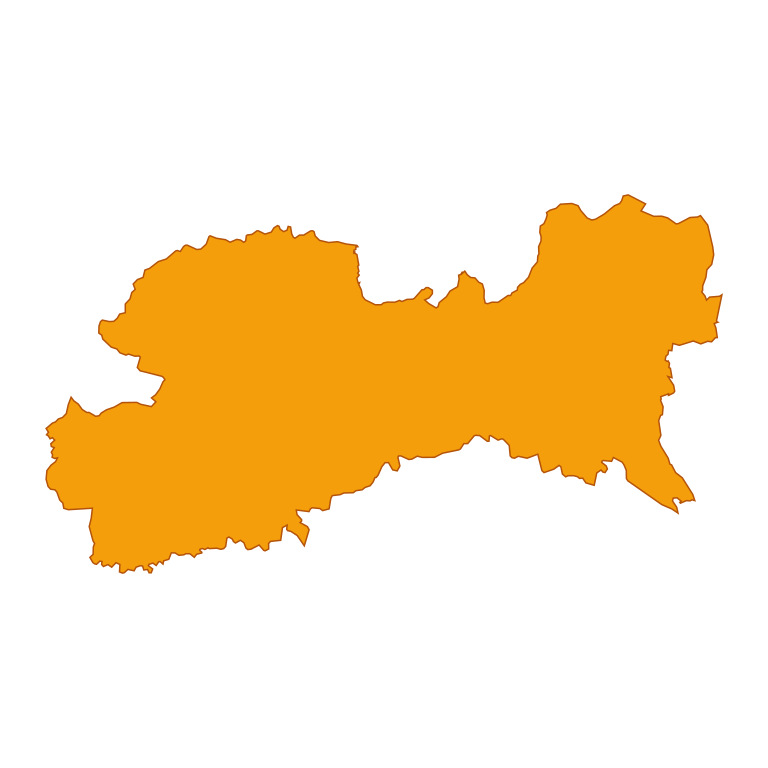 Calnali, Hidalgo, Mexico (Albers equal-area conic projection)
{"feature_id": "50627088B12242639821248", "entity_name": "Calnali", "entity_type": "district", "adm_level": 2, "iso_a3": "MEX", "parent_name": "Mexico", "parent_adm1": "Hidalgo", "projection": "albers", "projection_center": [-98.548, 20.904], "detail": "fine", "context": "isolated", "style": "filled", "palette": "amber", "viewbox_px": 768, "rotation_deg": 0, "n_neighbors": 0, "source": "geoboundaries", "source_scale": "gbopen_adm2", "svg_char_len": 6077}
<svg xmlns="http://www.w3.org/2000/svg" viewBox="0 0 768 768"><path d="M678.0,513.1L676.7,507.2L672.5,501.0L673.2,498.1L677.0,497.8L680.9,500.9L681.1,501.6L679.8,502.3L680.4,503.2L686.5,500.6L690.0,500.9L692.0,499.8L694.8,500.6L692.8,494.5L682.3,477.8L675.6,472.6L671.6,464.9L669.9,464.1L668.2,458.2L660.9,446.3L658.6,440.3L660.9,435.4L658.7,420.6L660.6,415.4L662.4,414.7L663.1,406.8L660.5,400.1L661.2,399.1L660.7,396.7L668.6,393.8L668.5,395.4L669.1,395.2L673.6,392.9L674.7,391.2L673.6,385.2L667.9,376.5L672.0,377.7L670.4,368.3L668.9,367.5L669.5,363.4L668.1,360.9L667.0,361.4L665.2,360.1L665.9,356.2L668.0,354.3L668.6,350.3L671.8,350.7L672.8,343.5L679.4,345.3L693.3,341.0L700.8,343.9L707.7,341.3L711.6,341.8L715.4,337.7L717.3,337.6L715.9,328.0L714.2,323.5L717.9,322.2L716.7,321.6L716.6,320.3L721.9,294.8L719.4,296.3L709.6,297.1L706.5,300.1L705.0,296.0L701.7,291.9L702.6,290.6L702.7,285.9L705.9,277.4L706.9,269.7L711.7,264.4L713.7,254.8L712.7,246.7L707.7,225.1L700.5,215.6L697.5,217.0L690.0,217.5L678.6,223.5L676.1,223.9L667.7,217.9L661.8,216.2L653.7,216.3L641.0,210.9L645.6,203.9L628.2,194.9L623.2,196.0L621.7,200.7L619.7,203.5L614.5,205.7L604.2,214.1L595.6,219.2L591.8,220.0L587.2,218.0L580.8,210.6L578.1,205.7L571.8,203.5L560.4,204.2L556.1,208.3L550.0,210.2L546.5,212.6L547.2,214.9L546.0,219.1L543.9,223.7L540.3,226.1L539.8,232.3L541.1,236.7L541.0,241.1L538.6,246.7L538.9,254.0L537.8,256.0L537.4,261.9L532.2,268.0L528.5,277.3L523.7,282.6L520.2,284.4L517.6,287.3L517.3,290.1L512.0,292.9L510.7,295.5L508.0,295.5L498.1,302.3L492.0,302.2L487.7,303.7L485.2,303.1L484.0,297.8L484.2,290.4L482.4,284.0L478.7,282.2L475.0,277.9L470.7,277.5L467.3,274.8L464.8,271.1L462.8,272.9L463.0,272.3L462.1,272.2L460.9,274.4L458.6,275.2L459.1,279.1L457.6,286.7L450.0,291.1L446.4,296.7L439.2,302.6L438.0,306.7L436.1,307.9L428.8,303.6L424.7,299.9L429.1,297.9L432.4,293.7L432.4,290.2L428.2,287.6L426.1,287.6L423.7,289.7L422.0,289.7L414.3,298.4L412.5,299.2L406.9,299.4L402.0,301.5L399.6,300.4L394.9,302.2L387.4,302.1L383.5,302.9L381.3,304.7L375.3,304.8L365.2,299.8L362.5,296.4L361.3,289.9L358.8,284.6L359.6,282.6L358.2,283.0L357.6,281.1L356.9,278.0L359.2,275.1L357.7,273.1L358.9,271.3L357.7,266.3L358.8,265.2L356.9,254.5L354.9,253.4L354.8,252.2L353.9,253.0L353.7,252.2L354.1,250.1L355.8,249.4L355.8,247.0L357.9,246.7L356.9,245.4L346.1,244.0L337.5,241.7L328.7,242.5L319.6,240.4L315.2,236.0L314.1,231.8L312.8,230.8L310.6,230.9L303.7,235.1L299.5,235.1L295.0,238.2L293.4,237.3L291.7,233.9L290.6,227.0L288.2,226.4L287.0,230.2L283.7,231.6L280.2,229.3L279.0,226.2L277.5,225.6L273.9,227.9L271.3,232.1L265.0,234.1L258.3,230.8L257.0,230.8L252.0,234.4L247.2,235.0L246.3,235.9L245.7,240.9L243.8,242.3L240.4,240.0L236.8,239.4L230.1,242.2L225.5,239.7L216.6,238.3L210.1,235.8L209.0,236.6L206.2,244.2L200.8,249.1L196.8,249.5L187.4,245.2L185.5,245.2L183.6,246.5L180.3,251.5L177.2,250.5L175.6,251.0L166.3,259.0L158.3,261.6L149.5,268.4L144.9,270.1L143.1,277.4L137.4,279.6L133.2,284.0L135.2,289.4L131.8,292.5L130.0,298.9L125.3,304.0L125.3,312.7L119.6,314.1L117.3,318.2L113.9,321.3L109.5,321.6L102.3,320.1L100.5,321.7L99.0,325.9L98.8,333.1L101.7,335.1L102.8,339.1L111.2,347.1L116.9,349.0L119.9,352.8L125.9,355.1L128.6,354.1L134.9,356.2L139.1,356.0L140.3,357.1L137.3,367.5L140.1,370.8L161.9,376.3L163.5,377.5L164.9,379.7L163.0,381.8L159.8,389.0L155.6,394.8L151.5,397.9L155.9,401.8L151.4,406.6L140.7,404.3L136.8,402.4L122.1,402.6L114.2,407.1L106.5,409.8L101.3,413.0L99.2,415.7L95.7,416.3L89.0,412.4L86.9,412.5L82.2,409.5L78.3,404.1L73.9,400.9L71.1,397.2L68.3,404.6L66.3,413.6L62.5,417.5L58.3,419.0L55.5,421.9L52.4,423.1L46.1,428.5L48.5,432.2L46.5,434.8L48.3,435.9L50.1,438.8L52.4,437.7L54.7,440.1L50.8,443.8L51.3,446.5L54.2,447.6L51.3,452.2L52.6,454.8L52.1,457.3L54.7,458.5L57.4,457.9L55.6,461.6L51.0,465.2L46.9,470.6L46.1,479.3L48.1,486.5L50.6,489.2L54.9,489.8L56.9,492.1L59.7,500.0L62.8,503.0L63.8,508.3L68.3,509.7L92.4,508.2L91.2,518.4L89.2,526.6L93.0,540.8L94.6,543.5L93.3,547.0L93.1,554.3L89.9,557.4L92.8,562.5L94.7,563.9L96.5,564.3L99.9,561.1L102.0,561.5L101.6,564.4L103.4,566.5L107.9,564.6L111.7,567.2L116.0,562.7L119.9,564.5L119.5,571.9L122.3,573.1L124.3,572.7L127.9,569.4L134.1,570.8L136.1,567.2L140.3,565.7L142.6,566.1L143.8,570.0L147.6,569.5L149.1,572.8L151.2,572.8L152.7,569.0L148.3,565.6L148.9,564.4L152.9,563.1L156.2,565.5L158.7,561.8L160.2,561.6L163.0,564.1L163.7,560.8L168.8,559.3L171.3,552.9L175.0,552.9L178.9,555.3L183.9,554.8L185.8,553.7L190.0,553.8L194.3,557.3L196.6,554.3L201.7,553.0L201.9,552.3L199.7,550.4L200.0,549.2L202.4,548.5L204.9,549.5L208.0,547.8L209.3,548.6L216.9,548.2L220.8,549.3L223.7,548.6L225.7,546.3L226.9,538.1L228.9,537.0L232.3,539.1L233.5,541.6L235.5,543.0L240.4,540.3L243.9,542.7L245.9,548.0L247.8,549.6L251.0,549.2L259.1,545.0L263.8,550.4L265.1,550.8L268.7,549.0L268.6,543.5L270.5,541.4L280.7,540.3L282.5,527.6L287.1,525.1L286.7,529.3L287.6,530.6L290.9,531.4L297.2,535.5L304.3,545.8L309.1,529.7L307.4,526.6L300.1,522.6L301.6,521.0L301.6,519.6L297.0,514.6L296.3,510.0L309.0,511.6L310.4,508.9L312.1,507.8L319.8,508.5L322.7,510.6L329.1,508.9L330.8,498.5L332.3,495.6L340.0,494.7L343.9,493.0L353.3,492.7L355.9,490.7L362.1,489.8L365.2,487.4L370.2,485.7L373.1,482.0L375.0,477.5L376.3,477.4L378.1,475.1L381.8,466.8L385.0,462.7L388.5,462.6L392.7,469.9L397.2,470.9L399.9,466.0L397.9,457.3L398.5,456.0L400.9,455.9L408.8,459.5L412.0,459.1L417.2,456.2L422.4,457.4L434.6,457.3L442.6,453.2L458.7,449.9L460.4,449.0L463.8,443.7L467.7,443.6L474.2,435.8L475.5,435.3L479.7,435.6L487.3,441.3L489.0,441.2L489.4,435.9L490.6,435.5L498.0,440.1L501.9,438.8L503.4,439.4L509.2,445.4L510.2,455.9L512.0,457.7L514.5,458.2L518.3,456.3L527.1,458.2L537.8,454.2L541.9,470.6L544.0,472.6L553.8,469.2L559.1,465.4L560.9,466.8L562.4,474.0L565.6,476.8L568.3,475.7L573.7,475.7L577.5,476.7L579.5,478.4L582.7,478.2L585.9,482.9L594.2,485.3L596.8,472.9L601.1,470.0L602.8,472.0L605.0,472.6L607.4,469.0L606.2,465.9L601.7,462.4L602.0,461.2L603.1,460.5L611.6,461.3L613.4,457.5L622.1,462.1L623.9,464.7L626.3,470.4L626.4,478.5L627.8,480.8L661.8,504.6L671.9,509.0L678.0,513.1Z" fill="#f59e0b" stroke="#b45309" stroke-width="1.5"/></svg>